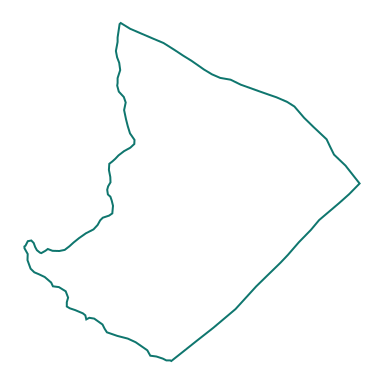 Felo-Jekwi, Grand Kru, Liberia (Natural Earth projection)
{"feature_id": "62588387B92809240343923", "entity_name": "Felo-Jekwi", "entity_type": "district", "adm_level": 2, "iso_a3": "LBR", "parent_name": "Liberia", "parent_adm1": "Grand Kru", "projection": "natural_earth1", "projection_center": [-8.409, 4.727], "detail": "fine", "context": "isolated", "style": "outline", "palette": "teal", "viewbox_px": 384, "rotation_deg": 0, "n_neighbors": 0, "source": "geoboundaries", "source_scale": "gbopen_adm2", "svg_char_len": 1713}
<svg xmlns="http://www.w3.org/2000/svg" viewBox="0 0 384 384"><path d="M359.6,183.5L355.4,178.2L346.9,167.4L345.6,165.7L334.0,154.6L330.1,146.7L326.6,139.3L313.3,126.8L304.1,117.8L294.4,106.5L287.1,101.9L276.5,97.3L269.5,94.9L258.4,91.0L240.8,84.7L230.6,79.7L220.2,77.9L211.9,74.3L204.1,69.6L191.8,61.0L183.1,55.6L174.6,50.0L163.5,43.0L154.2,39.1L140.4,33.2L130.2,28.8L120.7,23.0L119.6,24.1L117.6,37.5L117.6,41.9L115.9,51.0L117.1,57.3L119.2,62.8L120.2,70.1L117.6,78.1L117.6,83.0L117.2,85.6L118.8,91.6L123.8,97.0L125.7,102.5L124.1,110.1L126.0,119.2L127.8,126.3L130.0,133.4L134.5,139.9L134.3,144.0L130.3,147.7L124.1,151.1L118.5,155.4L115.3,158.8L112.4,161.4L109.3,163.8L108.9,169.9L110.3,177.0L110.5,182.3L108.1,186.4L107.2,189.8L107.9,194.5L110.4,196.7L111.7,200.5L113.0,205.8L112.3,213.4L109.1,215.6L102.8,217.7L100.2,220.3L97.6,225.0L93.5,229.4L85.9,233.3L79.2,238.0L73.6,242.5L69.4,246.3L64.7,249.9L59.3,251.0L52.5,250.8L47.8,249.0L45.4,250.8L41.3,253.1L39.9,252.6L36.9,250.2L35.2,247.1L33.7,243.0L31.3,240.5L27.8,241.2L25.5,245.7L24.4,246.5L24.5,248.3L27.7,254.0L27.5,260.2L30.6,268.7L34.3,272.3L38.8,274.2L44.7,277.0L51.2,282.6L52.9,286.3L58.9,287.1L65.7,291.3L68.1,297.6L66.8,302.2L66.8,306.5L69.8,308.3L75.2,310.1L78.5,311.5L82.8,313.3L85.3,315.3L86.3,319.4L89.3,317.8L94.2,318.6L102.5,324.5L104.6,328.7L106.9,332.3L109.8,333.3L117.3,335.9L127.8,338.6L135.6,342.2L141.7,346.4L147.3,350.3L150.3,355.7L156.4,356.5L162.8,358.6L166.3,360.4L170.3,360.4L171.3,361.0L180.8,353.5L196.5,341.0L213.2,327.9L235.5,309.1L256.2,286.4L265.7,277.1L280.4,262.8L287.9,254.9L292.4,249.7L298.9,242.2L310.9,229.9L319.1,220.1L339.1,203.1L342.6,200.0L349.2,194.1L359.6,183.5Z" fill="none" stroke="#0f766e" stroke-width="2"/></svg>